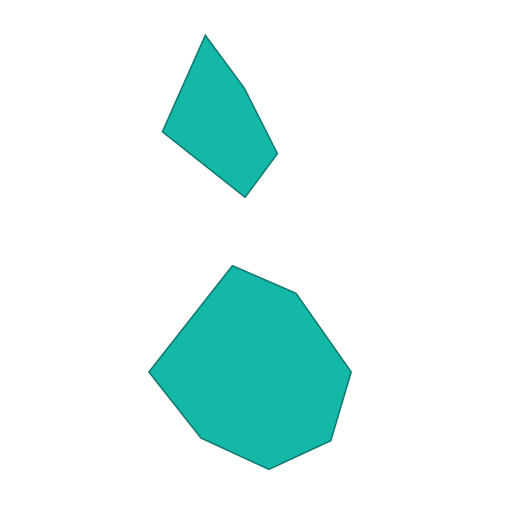 SVG path tracing the border of Planken, rotated 191°
{"feature_id": "LIE-4901", "entity_name": "Planken", "entity_type": "state/province", "adm_level": 1, "iso_a3": "LIE", "parent_name": "Liechtenstein", "parent_adm1": "", "projection": "equal_earth", "projection_center": [9.551, 47.174], "detail": "fine", "context": "isolated", "style": "filled", "palette": "teal", "viewbox_px": 512, "rotation_deg": 191, "n_neighbors": 0, "source": "natural_earth", "source_scale": "10m", "svg_char_len": 337}
<svg xmlns="http://www.w3.org/2000/svg" viewBox="0 0 512 512"><g transform="rotate(191 256 256)"><path d="M339.0,121.7L277.3,242.0L209.6,227.0L140.4,160.3L147.3,89.0L202.7,49.0L275.3,66.8L339.0,121.7ZM277.9,311.5L371.6,360.1L347.9,463.0L299.5,418.5L254.5,360.6L277.9,311.5Z" fill="#14b8a6" stroke="#0f766e" stroke-width="1.5"/></g></svg>